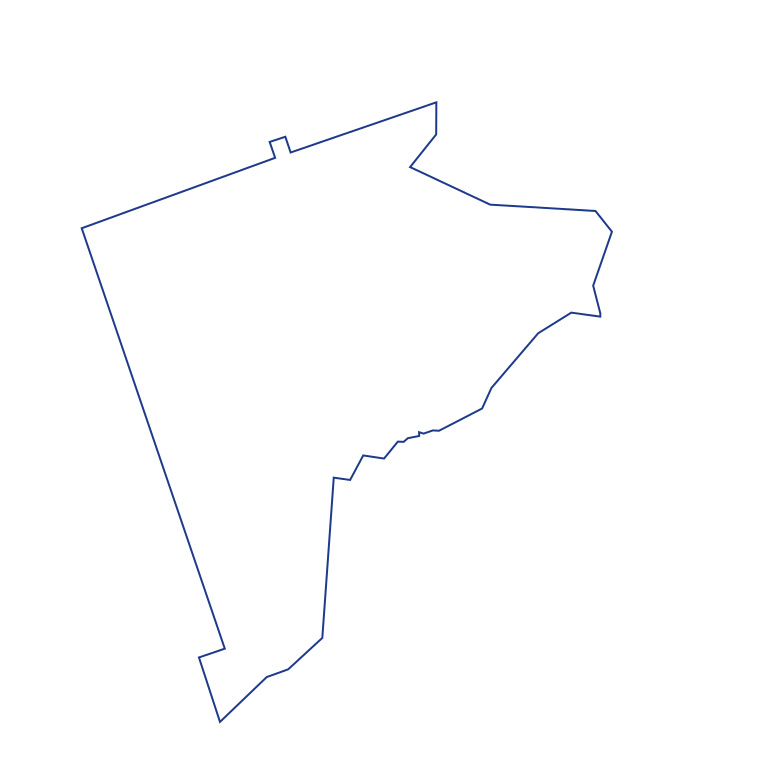 Chattahoochee, Georgia, United States of America, rotated 161°
{"feature_id": "52423323B80240094400164", "entity_name": "Chattahoochee", "entity_type": "district", "adm_level": 2, "iso_a3": "USA", "parent_name": "United States of America", "parent_adm1": "Georgia", "projection": "orthographic", "projection_center": [-84.834, 32.378], "detail": "fine", "context": "isolated", "style": "outline", "palette": "blue", "viewbox_px": 768, "rotation_deg": 161, "n_neighbors": 0, "source": "geoboundaries", "source_scale": "gbopen_adm2", "svg_char_len": 622}
<svg xmlns="http://www.w3.org/2000/svg" viewBox="0 0 768 768"><g transform="rotate(161 384 384)"><path d="M567.5,145.4L525.0,164.0L462.0,311.8L447.3,304.3L426.9,323.2L408.2,313.5L389.7,325.0L384.2,322.9L379.1,325.0L367.7,323.4L366.5,327.0L362.7,324.2L352.9,324.2L347.2,321.9L299.2,328.9L283.7,345.3L221.7,381.8L183.7,390.5L157.6,377.3L156.5,380.1L154.2,408.9L118.9,453.8L127.7,478.7L192.9,505.7L225.2,519.0L288.7,580.6L253.4,603.0L242.8,633.3L396.9,633.3L396.8,649.9L413.3,650.1L413.3,633.3L619.1,629.7L620.7,185.6L648.0,185.7L649.1,117.9L590.3,145.1L567.5,145.4Z" fill="none" stroke="#1e3a8a" stroke-width="2"/></g></svg>